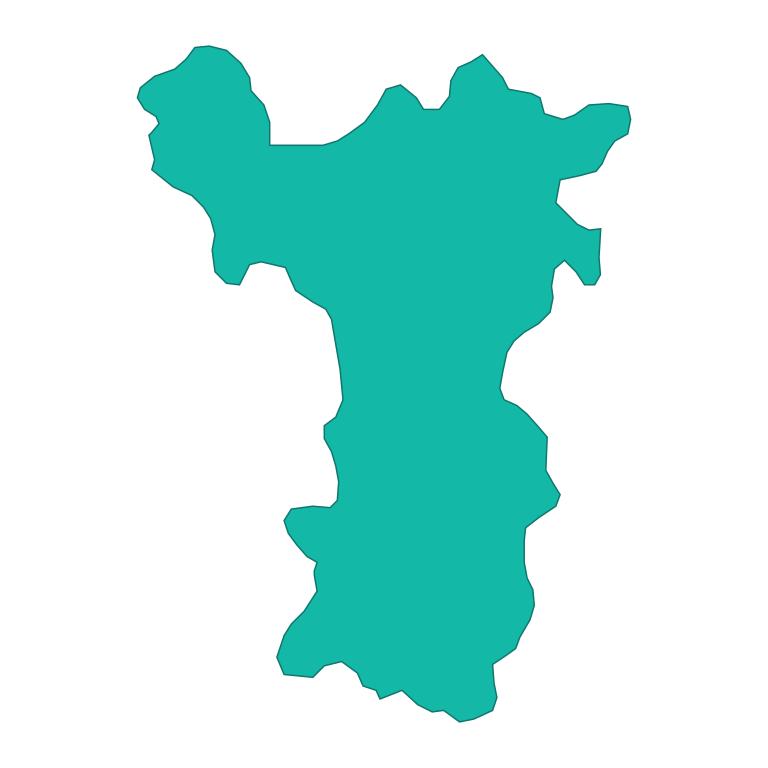 outline of Jecheon-si, North Chungcheong, South Korea
{"feature_id": "91817680B41858032192319", "entity_name": "Jecheon-si", "entity_type": "district", "adm_level": 2, "iso_a3": "KOR", "parent_name": "South Korea", "parent_adm1": "North Chungcheong", "projection": "mercator", "projection_center": [128.142, 37.027], "detail": "fine", "context": "isolated", "style": "filled", "palette": "teal", "viewbox_px": 768, "rotation_deg": 0, "n_neighbors": 0, "source": "geoboundaries", "source_scale": "gbopen_adm2", "svg_char_len": 1981}
<svg xmlns="http://www.w3.org/2000/svg" viewBox="0 0 768 768"><path d="M151.8,169.7L173.3,187.0L192.0,195.6L203.5,207.1L210.7,218.6L215.0,234.5L212.2,250.3L215.0,271.8L226.5,283.3L239.5,284.8L249.6,264.6L261.1,261.8L285.5,267.5L289.8,277.6L295.6,290.5L312.8,302.0L325.8,309.2L331.5,319.3L340.1,369.6L343.0,399.8L335.8,417.1L324.3,425.7L324.3,438.6L331.5,451.6L335.8,466.0L338.7,481.8L337.3,500.5L330.1,507.7L312.8,506.2L291.3,509.1L284.1,520.6L288.4,533.5L297.0,545.1L307.1,556.6L317.1,562.3L314.3,570.9L314.3,575.2L317.1,591.1L304.2,611.2L291.3,624.1L284.1,635.6L276.9,657.2L284.1,674.5L312.8,677.3L324.3,665.8L341.6,661.5L357.4,673.0L363.1,686.0L376.1,690.3L380.0,699.0L402.0,690.3L417.8,704.7L432.2,711.9L443.7,710.4L459.5,721.9L473.9,719.0L492.6,710.4L496.9,697.5L494.0,683.1L492.6,664.4L505.5,655.8L515.6,648.6L519.9,637.1L523.2,631.4L530.0,619.8L534.3,605.4L532.8,589.6L527.1,578.1L524.2,562.3L524.2,540.7L525.6,527.8L538.6,517.7L555.8,506.2L560.1,494.7L553.0,483.2L545.8,470.3L547.2,437.2L538.6,427.1L527.1,414.2L517.0,405.6L504.1,399.8L499.8,388.3L502.6,372.5L506.9,352.4L514.1,340.9L524.2,332.2L538.6,323.6L550.1,312.1L553.0,297.7L551.5,286.2L554.4,269.0L564.5,260.3L576.0,271.8L584.6,284.8L594.7,284.8L600.4,274.7L599.0,257.5L600.7,228.8L588.9,230.1L577.4,224.4L570.2,217.2L555.8,202.8L560.1,179.8L580.3,175.5L596.1,171.2L601.9,164.0L607.6,151.1L614.8,141.0L627.7,133.8L630.6,119.4L627.7,106.5L609.0,103.6L588.9,105.0L574.5,115.1L563.0,119.4L544.3,113.7L540.0,97.8L531.4,93.5L508.4,89.2L502.6,77.7L482.5,54.7L471.0,61.9L458.1,67.6L450.9,80.6L449.4,96.4L439.4,109.4L423.5,109.4L416.4,97.8L400.5,84.9L386.2,89.2L377.5,105.0L364.6,122.3L348.8,133.8L337.3,141.0L322.9,145.3L269.7,145.3L269.7,122.3L263.9,105.0L251.0,90.7L249.6,77.7L240.9,63.3L226.5,50.4L209.3,46.1L194.9,47.5L186.3,59.0L174.8,69.1L154.6,76.3L140.3,87.8L137.4,97.8L144.6,109.4L156.1,116.5L159.0,123.7L151.8,132.4L148.9,135.2L154.6,159.7L151.8,169.7Z" fill="#14b8a6" stroke="#0f766e" stroke-width="1.5"/></svg>